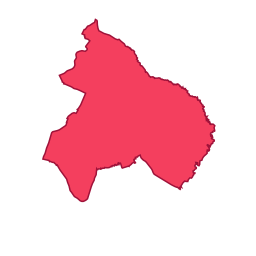 Phlapphla Chai, Buri Ram, Thailand (Mercator projection), rotated 24°
{"feature_id": "78962969B51110363980363", "entity_name": "Phlapphla Chai", "entity_type": "district", "adm_level": 2, "iso_a3": "THA", "parent_name": "Thailand", "parent_adm1": "Buri Ram", "projection": "mercator", "projection_center": [103.201, 14.722], "detail": "fine", "context": "isolated", "style": "filled", "palette": "rose", "viewbox_px": 256, "rotation_deg": 24, "n_neighbors": 0, "source": "geoboundaries", "source_scale": "gbopen_adm2", "svg_char_len": 5774}
<svg xmlns="http://www.w3.org/2000/svg" viewBox="0 0 256 256"><g transform="rotate(24 128 128)"><path d="M158.3,68.2L155.7,67.5L155.5,68.0L154.9,67.9L154.7,68.7L153.8,68.7L153.4,69.3L152.6,69.2L152.6,69.5L152.1,69.9L151.3,69.7L150.9,69.1L149.1,68.9L148.6,68.7L148.4,68.3L147.9,68.6L147.6,68.4L147.0,68.9L146.9,68.6L146.2,68.7L145.5,68.2L145.1,68.4L144.6,68.2L144.5,68.4L143.9,68.5L143.6,68.9L142.6,68.9L141.9,69.5L141.1,69.4L140.2,69.7L139.4,69.5L139.0,69.9L138.7,69.7L138.3,69.9L137.1,69.7L137.0,69.4L136.7,69.4L135.3,69.9L134.5,70.6L133.6,70.9L132.2,71.8L131.8,71.2L131.0,71.5L130.4,71.1L130.0,71.1L129.5,71.3L129.4,71.5L127.9,72.1L127.8,72.4L127.2,72.0L126.1,71.9L125.9,71.5L123.4,69.8L121.9,69.3L121.4,69.9L120.8,69.4L120.4,68.4L120.0,68.0L115.8,65.7L115.2,65.6L115.1,65.8L114.5,65.9L113.2,65.4L113.2,64.6L112.5,63.7L111.7,63.5L111.0,63.7L109.6,63.2L109.8,62.4L107.9,61.7L108.2,60.9L108.2,60.3L108.1,60.1L107.4,60.1L106.3,59.0L106.2,58.5L104.4,57.7L103.1,56.6L102.8,55.5L102.4,55.3L100.9,54.9L100.0,55.1L99.8,55.3L99.5,55.0L98.4,55.0L98.2,54.3L97.2,54.4L97.1,54.0L96.1,54.1L95.8,53.9L95.4,54.0L94.6,53.7L94.4,54.1L92.4,54.3L90.5,52.7L86.4,51.6L83.7,50.6L82.9,51.5L80.3,51.8L73.4,50.7L67.6,51.4L61.8,51.0L60.0,49.1L58.1,46.3L56.4,42.9L55.8,42.3L54.1,42.1L54.5,45.2L53.3,46.6L51.2,50.0L49.7,51.4L48.9,55.2L47.9,55.9L47.7,60.7L50.6,60.7L50.7,61.7L51.5,62.1L51.8,63.1L52.5,63.1L52.7,63.6L55.3,63.2L57.7,63.9L56.2,70.5L56.3,71.0L58.5,72.1L58.8,72.9L58.6,73.7L57.8,75.3L54.5,76.1L52.6,77.5L50.8,79.4L50.4,80.9L50.6,82.2L52.2,84.6L52.3,85.6L51.9,87.9L52.0,88.7L53.7,91.7L54.0,92.7L53.9,94.8L52.9,96.8L49.2,100.5L47.6,103.9L43.9,107.8L49.0,112.1L49.1,112.6L51.1,112.9L51.3,113.8L52.9,113.5L59.6,113.4L62.6,113.9L66.0,113.3L69.7,113.3L75.1,113.5L75.2,114.2L75.4,126.2L74.6,131.3L74.2,131.4L74.1,131.9L75.1,132.2L74.6,135.7L72.5,136.0L71.0,137.3L68.8,141.4L68.6,142.3L68.4,144.1L69.4,144.1L69.5,147.8L69.9,147.8L70.2,150.9L66.1,157.5L64.4,159.2L60.9,161.9L60.6,162.3L60.2,163.5L61.6,173.7L61.8,179.4L62.6,184.9L62.5,188.5L62.9,191.0L69.0,189.8L70.0,190.6L70.3,190.2L72.8,190.1L74.6,189.6L74.9,189.9L77.1,190.6L77.3,190.9L78.2,190.5L78.5,190.7L78.4,191.1L79.1,191.0L79.4,191.4L83.0,194.0L92.7,199.6L95.0,202.3L97.7,204.9L100.5,208.6L101.3,209.1L102.2,209.5L106.9,212.4L110.4,212.8L113.9,213.9L115.4,213.9L117.0,213.2L118.1,212.1L119.2,210.5L119.8,209.1L118.3,196.6L118.1,193.2L118.3,189.5L117.8,187.5L117.9,183.7L116.0,178.0L116.8,178.5L117.3,178.4L117.5,177.6L118.0,177.1L119.9,176.7L119.9,176.4L119.5,176.1L119.5,175.8L120.6,175.8L121.4,174.9L122.6,174.5L122.9,173.4L124.1,173.4L124.6,172.9L125.7,172.6L127.3,171.5L128.3,169.6L129.0,169.9L129.3,168.5L130.2,168.4L130.5,167.7L130.7,168.1L131.0,168.1L131.0,167.6L131.3,167.2L131.1,166.8L131.2,166.5L131.5,166.4L132.4,166.9L133.1,166.0L133.6,165.9L133.3,165.3L133.5,164.9L134.0,164.6L134.6,164.8L134.5,164.2L133.3,164.2L133.3,163.7L134.4,163.7L135.4,163.2L138.6,166.7L139.1,166.9L143.9,162.7L144.6,162.7L144.5,162.2L145.8,159.7L146.0,158.7L147.3,157.0L148.4,157.4L149.0,156.8L148.9,156.5L147.3,155.8L146.7,155.1L146.8,154.6L146.3,154.7L146.2,154.3L147.2,153.1L146.9,152.4L147.5,152.5L147.1,151.5L148.1,150.6L148.5,150.6L148.7,149.3L150.2,147.8L151.1,149.0L152.4,150.1L155.1,151.1L157.0,151.3L158.6,151.8L166.1,155.8L167.2,156.6L169.1,158.5L170.7,159.6L190.8,162.2L194.6,162.4L196.6,162.3L197.0,162.0L200.6,162.9L200.7,162.5L200.5,162.1L199.8,161.7L199.4,162.1L199.3,161.3L199.8,161.2L200.1,160.2L200.9,160.3L200.0,159.5L200.5,155.6L201.0,154.7L201.0,154.1L201.4,153.4L202.6,153.3L203.2,153.1L203.7,152.6L204.2,152.6L204.1,152.2L204.4,151.9L204.1,151.0L204.7,148.5L206.4,147.9L206.8,146.3L206.7,144.8L207.0,144.4L206.8,143.3L207.6,142.4L207.3,141.8L206.8,142.1L205.8,142.3L204.9,140.7L205.0,140.4L205.6,140.1L206.0,138.4L206.8,137.3L206.4,136.2L205.1,136.2L204.3,134.9L205.1,133.4L203.9,131.9L205.6,131.4L206.0,131.6L205.9,132.6L206.0,133.0L207.1,133.7L208.2,133.6L208.3,132.1L207.1,129.0L207.3,128.4L208.6,127.4L208.4,125.4L208.6,124.0L209.1,122.3L210.2,120.0L210.6,118.6L209.8,117.8L209.8,116.8L209.3,116.0L209.8,115.6L210.2,116.4L210.6,116.5L210.9,116.4L211.4,115.6L211.2,114.5L210.3,113.4L208.7,112.2L207.5,111.7L207.3,111.3L207.5,110.9L209.8,111.0L210.1,111.2L210.4,112.0L210.6,112.0L210.6,108.3L211.4,108.0L211.6,107.6L211.3,105.7L212.1,104.9L211.9,104.3L211.2,103.7L208.7,103.8L208.5,103.5L209.2,102.2L208.5,101.3L207.6,100.3L207.3,100.3L207.8,101.7L207.6,102.0L207.0,101.9L205.8,100.0L205.7,98.8L207.2,97.5L206.7,96.9L207.6,95.6L208.2,95.8L208.4,95.6L208.2,95.0L206.5,92.7L206.4,90.6L204.6,89.9L203.9,89.9L203.4,90.3L202.8,90.5L202.4,91.1L201.1,91.1L200.6,90.5L201.1,90.1L200.5,89.8L200.1,89.2L199.8,89.6L199.0,90.0L198.7,89.9L198.8,89.2L197.8,89.1L198.1,88.5L198.6,87.9L198.3,87.5L197.1,87.6L197.3,89.2L196.7,89.4L196.6,88.7L196.1,88.6L195.9,88.1L196.3,87.3L196.3,86.9L195.9,86.8L195.9,87.2L195.4,87.1L195.5,86.8L195.3,86.2L194.9,86.1L195.4,85.7L195.5,85.2L194.7,85.8L193.3,85.2L193.2,84.7L192.7,84.6L192.6,83.5L192.1,82.7L190.9,81.9L190.4,82.0L190.4,81.6L190.0,80.9L190.1,80.7L189.6,80.6L189.4,80.3L189.0,80.5L188.3,79.7L189.0,77.9L188.9,77.6L187.5,77.8L187.6,77.2L187.0,76.6L186.1,76.7L185.2,75.8L184.4,75.7L184.2,75.3L182.9,74.7L183.1,74.0L182.7,73.4L182.3,73.6L181.4,73.5L181.2,73.9L180.8,73.9L180.7,74.2L180.4,74.2L179.9,73.8L179.7,72.7L178.9,71.7L178.6,72.4L176.9,72.1L176.5,72.2L176.3,72.7L175.4,72.6L174.4,73.1L173.5,72.7L173.3,73.0L172.6,73.4L171.9,73.2L170.8,73.4L170.3,72.3L169.9,72.1L169.3,72.2L168.4,71.6L167.6,71.5L167.3,70.6L167.5,70.0L166.9,70.0L165.9,69.6L165.4,69.7L165.3,69.4L164.4,69.5L164.3,68.8L163.7,69.3L163.2,69.1L163.0,69.4L162.4,69.1L162.1,69.2L161.7,68.7L161.7,69.1L161.2,69.5L161.0,68.8L160.6,69.2L159.7,68.8L158.6,68.9L158.3,68.2Z" fill="#f43f5e" stroke="#9f1239" stroke-width="1.5"/></g></svg>